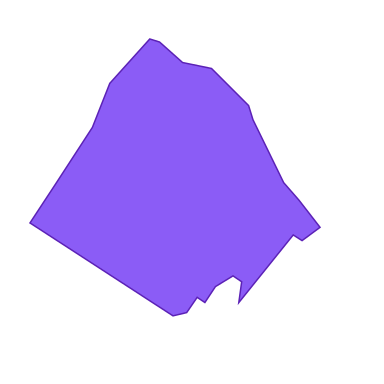 Quitman, Georgia, United States of America (orthographic projection), rotated 122°
{"feature_id": "52423323B98878811528478", "entity_name": "Quitman", "entity_type": "district", "adm_level": 2, "iso_a3": "USA", "parent_name": "United States of America", "parent_adm1": "Georgia", "projection": "orthographic", "projection_center": [-85.022, 31.882], "detail": "fine", "context": "isolated", "style": "filled", "palette": "violet", "viewbox_px": 384, "rotation_deg": 122, "n_neighbors": 0, "source": "geoboundaries", "source_scale": "gbopen_adm2", "svg_char_len": 448}
<svg xmlns="http://www.w3.org/2000/svg" viewBox="0 0 384 384"><g transform="rotate(122 192 192)"><path d="M307.1,142.5L297.1,132.6L278.6,131.8L278.9,122.5L259.8,122.0L241.4,112.8L241.8,102.3L261.0,93.7L174.8,83.4L174.9,72.9L154.1,64.7L142.2,97.1L135.5,119.2L98.4,178.6L88.7,189.8L76.9,240.9L87.2,268.6L82.0,299.0L84.6,308.9L143.4,319.3L190.0,310.7L256.6,311.9L304.1,313.0L307.1,142.5Z" fill="#8b5cf6" stroke="#5b21b6" stroke-width="1.5"/></g></svg>